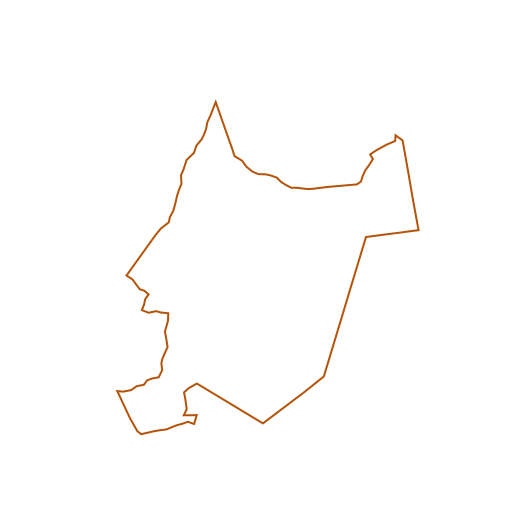 outline of Gameleira, Pernambuco, Brazil, rotated 248°
{"feature_id": "56859067B34418784496938", "entity_name": "Gameleira", "entity_type": "district", "adm_level": 2, "iso_a3": "BRA", "parent_name": "Brazil", "parent_adm1": "Pernambuco", "projection": "natural_earth1", "projection_center": [-35.378, -8.618], "detail": "fine", "context": "isolated", "style": "outline", "palette": "amber", "viewbox_px": 512, "rotation_deg": 248, "n_neighbors": 0, "source": "geoboundaries", "source_scale": "gbopen_adm2", "svg_char_len": 1500}
<svg xmlns="http://www.w3.org/2000/svg" viewBox="0 0 512 512"><g transform="rotate(248 256 256)"><path d="M308.3,435.2L315.6,430.6L310.5,428.1L310.3,418.6L309.4,411.1L308.7,405.9L307.4,399.9L302.1,400.7L297.7,394.6L294.5,389.4L290.0,384.7L285.7,381.2L284.6,376.3L293.4,347.6L297.0,333.9L298.5,329.4L301.3,324.2L304.2,319.0L306.0,314.3L310.3,310.6L315.2,307.0L320.8,304.7L325.1,299.9L328.0,295.7L331.0,288.9L335.7,284.2L342.5,280.5L349.5,278.8L356.7,273.5L363.2,274.0L413.8,276.3L409.5,272.2L403.3,266.4L398.5,261.2L392.5,257.3L388.4,253.6L384.6,249.4L380.7,242.1L374.9,237.2L371.1,227.7L363.4,221.2L358.9,216.7L350.8,213.9L347.1,210.2L341.3,205.3L334.4,200.5L328.7,196.1L324.2,190.6L319.9,187.8L317.1,178.1L313.2,170.9L286.4,128.6L280.6,132.7L268.8,135.7L265.7,139.4L260.6,142.0L257.4,137.0L253.1,134.2L248.6,129.9L243.6,135.2L242.3,142.7L239.2,146.7L235.8,153.2L229.2,150.3L223.8,146.2L220.0,143.2L213.7,142.0L204.7,139.9L196.6,131.4L192.1,128.1L185.3,126.3L180.0,120.3L181.3,114.0L181.5,108.5L178.6,103.7L180.0,96.7L178.4,90.1L180.0,82.0L182.7,76.8L152.8,78.4L138.0,80.4L133.8,82.8L132.8,89.1L131.8,95.4L130.4,101.9L128.8,107.7L128.8,118.7L128.1,124.4L127.8,130.7L123.4,135.7L130.7,141.4L132.7,136.0L135.4,129.4L140.0,134.4L149.1,136.7L156.5,138.2L158.7,144.3L159.9,153.4L98.2,199.7L111.7,249.7L118.9,273.8L145.9,295.5L160.8,307.5L165.0,310.9L187.6,329.0L219.1,354.4L232.4,365.1L219.1,416.4L251.7,423.1L267.8,426.6L278.3,428.9L308.3,435.2Z" fill="none" stroke="#b45309" stroke-width="2"/></g></svg>